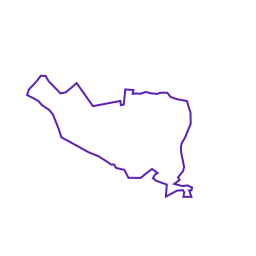 Kiziltepa, Navoi, Uzbekistan (Natural Earth projection), rotated 145°
{"feature_id": "79887680B30897386041175", "entity_name": "Kiziltepa", "entity_type": "district", "adm_level": 2, "iso_a3": "UZB", "parent_name": "Uzbekistan", "parent_adm1": "Navoi", "projection": "natural_earth1", "projection_center": [64.933, 39.801], "detail": "fine", "context": "isolated", "style": "outline", "palette": "violet", "viewbox_px": 256, "rotation_deg": 145, "n_neighbors": 0, "source": "geoboundaries", "source_scale": "gbopen_adm2", "svg_char_len": 1040}
<svg xmlns="http://www.w3.org/2000/svg" viewBox="0 0 256 256"><g transform="rotate(145 128 128)"><path d="M101.6,151.7L104.6,153.2L101.7,156.0L108.1,161.1L118.1,149.6L120.8,150.8L118.7,154.5L144.2,166.0L144.3,194.2L158.4,192.9L163.4,195.0L166.2,212.0L165.6,217.9L169.5,220.8L175.7,218.8L182.5,217.3L186.9,216.5L191.8,212.9L188.8,207.4L187.8,205.4L185.9,201.3L185.3,195.8L182.2,188.0L181.8,181.9L185.4,166.7L187.9,158.6L179.7,142.0L174.4,131.1L168.2,121.5L162.7,107.7L160.3,106.1L160.7,102.1L155.0,95.8L156.2,87.0L146.4,79.9L131.8,80.7L129.6,74.2L132.4,74.4L136.3,72.6L135.3,68.8L128.7,59.4L136.3,50.1L131.5,49.5L123.9,48.6L118.8,45.7L118.8,43.1L122.1,39.9L115.6,35.2L113.7,41.8L111.8,40.6L109.7,42.4L112.2,46.9L116.6,49.1L122.2,55.7L115.6,55.8L115.3,58.9L107.6,61.1L104.3,64.1L98.5,77.4L95.8,81.9L92.8,84.7L86.7,87.5L81.6,90.8L74.3,95.4L67.9,104.9L65.8,111.7L64.2,116.1L65.8,117.8L71.6,123.8L75.4,129.1L75.6,134.4L81.4,138.4L84.5,139.1L90.3,144.2L92.8,147.4L98.2,148.9L101.6,151.7Z" fill="none" stroke="#5b21b6" stroke-width="2"/></g></svg>